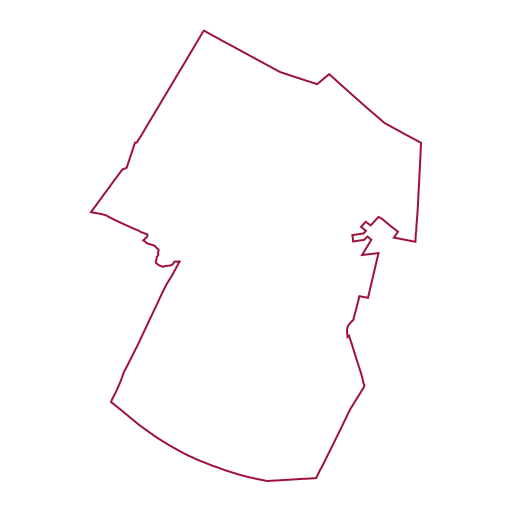 Dragomiresti-Vale, Ilfov, Romania (Equal Earth projection)
{"feature_id": "2599482B19905824077323", "entity_name": "Dragomiresti-Vale", "entity_type": "district", "adm_level": 2, "iso_a3": "ROU", "parent_name": "Romania", "parent_adm1": "Ilfov", "projection": "equal_earth", "projection_center": [25.925, 44.478], "detail": "fine", "context": "isolated", "style": "outline", "palette": "rose", "viewbox_px": 512, "rotation_deg": 0, "n_neighbors": 0, "source": "geoboundaries", "source_scale": "gbopen_adm2", "svg_char_len": 4418}
<svg xmlns="http://www.w3.org/2000/svg" viewBox="0 0 512 512"><path d="M111.0,402.0L111.3,402.3L111.9,402.7L112.3,403.0L114.3,404.6L115.9,405.9L116.7,406.5L117.9,407.5L118.9,408.3L119.1,408.5L120.1,409.3L121.3,410.2L121.5,410.4L121.7,410.5L123.0,411.6L123.6,412.1L123.9,412.3L124.1,412.6L124.3,412.7L124.5,412.9L125.5,413.7L125.6,413.8L126.8,414.7L127.0,414.9L128.4,416.1L130.9,418.2L131.2,418.4L131.7,418.8L132.4,419.3L133.9,420.6L135.0,421.5L135.9,422.3L137.5,423.5L137.8,423.8L138.1,424.1L139.0,424.9L139.4,425.1L139.6,425.3L140.0,425.6L140.3,425.8L141.6,426.7L142.2,427.1L142.8,427.6L143.4,428.0L144.6,428.9L145.7,429.7L146.2,430.0L146.7,430.4L147.2,430.7L147.7,431.1L148.3,431.5L148.9,432.0L149.1,432.1L149.9,432.7L150.9,433.4L151.7,433.9L151.9,434.0L152.4,434.4L153.4,435.2L154.4,435.9L154.9,436.2L155.9,436.9L156.9,437.6L157.4,437.9L157.8,438.2L159.1,439.0L159.9,439.5L160.8,440.0L161.4,440.4L162.5,441.1L162.9,441.4L164.2,442.1L165.2,442.7L166.1,443.3L167.2,444.0L168.6,444.8L169.6,445.4L171.2,446.4L171.8,446.7L173.4,447.6L174.5,448.2L175.6,448.8L180.1,451.3L181.9,452.3L184.3,453.6L188.4,455.6L189.5,456.1L190.6,456.6L191.8,457.1L193.0,457.6L195.1,458.7L195.3,458.8L195.7,459.0L196.9,459.5L197.3,459.7L197.8,459.9L198.6,460.2L199.2,460.4L199.6,460.6L200.2,460.9L200.9,461.2L201.8,461.5L202.8,461.9L204.2,462.4L206.4,463.3L212.1,465.6L213.3,466.0L216.6,467.1L217.5,467.4L220.0,468.4L225.6,470.4L227.0,470.8L230.9,472.1L235.9,473.6L238.0,474.3L239.1,474.6L241.4,475.2L246.5,476.6L251.2,477.7L254.8,478.5L256.6,478.9L260.7,479.7L268.6,481.3L268.2,481.0L268.5,480.9L279.8,480.3L292.7,479.5L302.0,478.9L304.2,478.8L305.0,478.8L316.1,478.1L320.9,468.3L321.2,468.2L321.7,467.2L322.9,464.9L325.0,460.6L325.8,459.0L327.7,455.2L333.1,444.3L335.8,438.8L336.7,437.0L340.1,430.1L344.8,420.4L347.7,414.4L348.3,413.1L350.6,408.5L353.0,404.8L355.2,401.1L358.4,396.1L362.1,390.0L363.6,387.6L364.0,387.0L364.1,386.0L364.5,385.3L363.6,383.6L362.8,380.1L362.4,378.0L361.7,375.6L360.6,371.9L359.5,368.6L358.8,366.4L357.9,363.5L357.1,361.0L356.2,358.3L355.3,355.4L355.1,354.8L354.9,354.1L354.6,353.1L354.2,352.0L353.5,349.5L353.4,349.3L352.0,344.7L351.9,344.4L350.1,338.9L349.2,336.3L349.1,335.8L348.3,336.4L347.6,337.0L347.3,334.7L347.1,332.6L347.0,331.1L347.1,329.2L347.6,327.1L348.2,325.6L349.0,324.5L349.6,323.8L350.1,323.1L352.5,320.7L353.6,319.6L353.6,318.3L354.2,316.4L355.5,311.7L358.5,299.9L359.4,296.2L368.0,297.8L378.5,253.1L362.1,255.0L371.3,239.8L367.6,236.6L364.0,239.9L353.2,241.5L352.4,235.1L363.7,233.4L365.9,230.8L361.1,226.9L365.6,221.8L370.7,225.4L378.5,216.9L382.1,218.9L390.8,226.2L394.6,229.1L398.0,231.7L393.9,237.6L415.4,241.8L415.9,232.2L416.2,231.6L416.4,226.4L417.2,216.1L417.5,212.3L418.0,204.1L418.3,197.8L418.6,191.4L418.7,189.8L419.0,184.6L419.3,178.4L419.6,172.1L420.4,157.1L421.0,142.8L402.5,132.9L384.2,122.8L379.2,118.4L365.7,106.8L349.7,92.6L341.0,84.8L336.7,80.9L333.8,78.3L330.8,75.6L330.4,75.2L329.7,74.6L329.4,74.3L329.2,74.2L327.9,75.2L324.4,78.1L321.2,80.8L317.1,84.2L298.2,78.0L295.4,77.1L280.0,72.0L245.1,53.1L244.9,53.0L230.2,45.0L223.2,41.3L215.4,36.9L214.0,36.2L211.3,34.7L206.9,32.3L205.1,31.2L204.1,30.7L203.7,31.0L203.3,31.3L184.8,62.5L176.6,76.1L172.0,83.9L163.5,98.1L156.0,110.7L147.9,124.2L146.3,126.9L142.1,134.1L136.8,142.5L135.0,142.7L126.7,167.7L123.2,169.3L122.5,169.3L110.4,185.6L109.2,187.4L104.5,193.6L100.4,199.4L98.5,201.9L95.2,206.4L93.0,209.4L91.2,211.8L91.0,212.2L96.4,213.2L96.6,213.2L98.1,213.4L99.3,213.6L100.1,213.8L101.1,214.0L102.9,214.4L106.8,215.7L108.9,216.9L110.6,217.9L121.7,223.2L129.7,226.8L131.9,227.8L133.6,228.6L135.5,229.4L138.4,230.5L141.2,232.2L144.0,233.1L146.0,233.9L147.5,234.5L147.3,236.5L143.3,240.4L144.2,240.9L145.0,241.4L146.3,242.8L146.9,243.1L148.4,243.8L151.0,244.5L153.9,245.5L155.3,246.3L156.2,247.5L157.5,248.7L158.6,249.7L158.7,250.4L157.9,252.3L158.3,253.9L158.2,255.1L157.6,256.0L156.9,256.9L156.4,259.6L156.0,260.7L155.7,262.1L156.1,263.1L158.0,264.5L159.1,265.3L163.1,266.9L164.0,266.3L165.1,266.1L165.7,266.0L167.4,265.8L169.5,265.6L171.5,265.1L173.3,263.7L174.2,261.8L175.6,261.5L176.7,261.8L178.0,261.6L178.8,261.3L179.6,261.5L172.7,274.2L170.8,277.4L166.6,284.2L162.2,292.9L157.4,303.3L150.7,317.4L137.8,344.8L126.3,367.6L123.9,372.1L122.5,375.8L122.1,377.3L120.8,380.7L119.4,384.1L117.7,388.0L116.1,391.5L115.0,393.8L114.7,394.2L112.7,398.1L112.1,399.4L111.0,402.0Z" fill="none" stroke="#9f1239" stroke-width="2"/></svg>